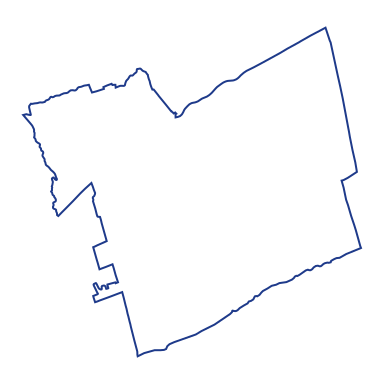 Bac Lieu, Bạc Liêu, Vietnam (orthographic projection)
{"feature_id": "81297802B6284379291034", "entity_name": "Bac Lieu", "entity_type": "district", "adm_level": 2, "iso_a3": "VNM", "parent_name": "Vietnam", "parent_adm1": "Bạc Liêu", "projection": "orthographic", "projection_center": [105.722, 9.268], "detail": "fine", "context": "isolated", "style": "outline", "palette": "blue", "viewbox_px": 384, "rotation_deg": 0, "n_neighbors": 0, "source": "geoboundaries", "source_scale": "gbopen_adm2", "svg_char_len": 5708}
<svg xmlns="http://www.w3.org/2000/svg" viewBox="0 0 384 384"><path d="M361.0,248.0L360.3,246.2L355.8,230.1L354.2,225.0L351.2,216.1L348.0,205.1L346.1,199.7L343.6,187.6L341.6,180.6L343.5,180.1L347.7,177.9L356.9,171.9L355.4,163.0L355.3,162.4L352.5,150.1L349.9,137.1L348.9,131.2L348.5,129.2L342.7,98.3L340.1,86.0L337.8,75.8L330.6,42.4L329.8,40.7L325.5,27.7L310.2,35.8L300.9,41.1L298.8,42.4L287.3,48.7L280.1,53.0L260.0,64.0L253.6,67.4L246.5,70.9L243.7,72.8L240.7,75.4L239.3,76.9L238.0,78.1L237.2,78.7L236.3,79.3L235.1,79.8L233.8,80.3L232.7,80.5L227.9,80.9L226.9,81.1L225.6,81.5L224.0,82.2L222.9,82.8L221.0,84.1L217.2,86.9L215.7,88.4L211.9,92.7L210.5,94.0L209.2,95.1L206.9,96.6L202.5,98.4L201.7,98.8L198.0,101.3L196.6,101.9L195.1,102.4L192.4,102.9L191.4,103.2L189.4,104.3L187.5,106.1L185.0,108.8L184.2,110.0L183.1,112.4L182.6,113.2L182.1,114.1L181.5,114.8L180.0,116.1L177.9,116.9L175.6,117.4L175.5,114.2L176.3,113.7L175.2,112.5L173.6,113.4L172.8,112.4L171.9,111.8L171.5,111.2L171.3,111.3L171.2,111.3L165.9,104.7L158.6,95.8L158.3,95.3L154.4,90.4L153.6,89.5L152.4,89.6L151.8,88.3L151.0,86.2L150.3,84.1L149.6,80.9L149.0,79.6L148.5,78.0L147.9,75.6L147.9,75.0L146.9,73.8L146.3,73.0L145.7,72.0L145.2,71.8L143.3,71.1L142.5,70.6L140.7,68.8L140.2,68.6L139.7,68.6L138.3,68.9L137.2,69.0L136.9,69.4L136.8,69.8L136.7,71.2L136.5,71.9L135.7,72.8L135.0,73.2L134.0,74.1L133.0,75.2L132.6,75.5L132.1,75.6L131.3,75.5L130.7,75.5L130.2,75.8L129.6,76.4L128.1,78.9L126.8,80.2L126.1,81.1L125.4,83.0L124.9,85.2L124.6,85.5L124.1,85.8L123.6,85.9L122.1,85.8L120.6,85.8L119.7,86.0L115.7,87.6L115.4,84.8L114.1,84.8L112.4,85.0L111.6,83.8L107.2,85.4L103.4,87.1L103.9,88.9L96.5,91.3L92.0,92.5L89.7,87.0L88.9,84.8L88.2,84.9L87.1,85.2L84.9,85.5L83.9,85.7L81.9,86.5L81.0,86.8L78.7,87.2L77.7,87.9L77.0,89.1L75.8,90.2L75.3,90.4L74.6,90.5L73.7,90.4L72.9,90.2L71.2,90.3L70.6,90.4L70.0,90.8L69.3,91.3L68.0,92.5L67.1,92.9L66.3,93.1L65.4,93.1L63.7,93.4L60.9,94.6L59.7,95.4L59.1,95.5L56.9,95.6L56.2,95.7L54.9,96.1L53.7,96.9L52.8,97.2L52.4,97.2L51.3,96.8L50.8,96.9L50.5,97.1L49.2,99.0L48.6,99.5L48.0,99.8L46.8,100.2L46.2,100.4L45.1,101.4L44.7,102.0L44.3,102.0L43.4,102.3L42.3,102.5L41.7,102.5L40.2,102.4L39.6,102.5L39.1,102.6L37.5,103.1L34.6,103.4L32.6,103.8L31.7,103.9L31.0,103.7L30.2,104.6L29.5,105.6L29.2,106.0L29.1,107.0L29.2,107.8L30.1,111.8L30.8,114.6L30.8,114.8L30.6,115.0L29.3,114.9L27.9,114.6L26.4,114.2L23.2,115.0L30.3,123.3L32.1,125.5L32.6,126.4L33.9,129.1L34.1,130.1L34.0,131.3L34.1,131.8L34.6,133.0L34.5,134.5L34.5,135.8L34.4,136.6L34.1,137.1L34.1,137.4L34.3,137.7L35.0,138.5L35.3,138.9L35.6,139.7L35.8,140.9L36.1,141.3L36.9,142.1L38.0,142.9L39.0,143.4L39.6,143.9L39.9,144.2L40.0,144.5L40.0,144.9L39.7,146.1L39.6,146.5L39.7,147.1L40.9,148.4L41.0,148.8L41.1,149.9L41.4,150.6L41.7,150.8L42.5,151.2L43.0,151.8L43.2,152.3L43.2,153.2L42.6,154.7L42.5,155.2L42.5,155.8L42.8,156.5L44.5,159.0L44.6,159.5L44.6,161.0L44.8,161.4L45.3,162.3L45.4,162.7L45.7,164.1L45.8,164.6L46.0,164.9L46.7,165.6L48.4,166.8L49.6,168.2L50.2,169.0L51.1,170.1L52.8,171.5L54.0,172.7L54.9,173.9L55.2,174.6L56.2,177.6L56.9,179.0L56.9,179.3L56.8,179.7L56.5,179.9L56.2,180.0L55.4,179.6L54.9,179.2L53.8,177.7L53.5,177.6L53.2,177.5L52.9,177.7L52.0,178.4L51.9,178.7L52.0,179.5L52.8,181.6L52.8,182.4L52.3,185.2L51.8,186.3L51.8,186.6L52.1,187.1L52.2,187.6L51.9,188.7L52.0,189.9L52.0,190.3L51.9,190.6L51.2,191.3L51.1,191.6L51.9,192.4L52.1,192.8L52.2,193.1L52.4,194.1L52.7,194.9L53.9,195.8L54.1,196.1L54.3,197.1L54.9,197.8L55.5,198.7L55.8,199.6L55.9,200.0L55.8,200.8L55.7,201.1L55.4,201.5L54.9,201.8L54.0,202.2L53.5,202.5L53.3,202.8L53.2,203.1L53.2,203.5L53.5,204.3L53.6,205.0L53.5,205.5L53.0,206.7L53.0,207.5L53.1,208.0L53.4,208.4L54.0,208.8L55.6,209.4L55.8,209.6L56.1,210.0L56.1,210.9L56.3,211.7L56.9,213.0L57.0,213.7L57.1,215.1L58.3,216.0L61.8,212.4L65.5,208.7L72.9,201.2L80.2,193.5L85.1,188.7L91.4,183.0L92.9,186.9L93.8,189.7L95.1,193.0L95.0,194.0L94.3,195.8L94.0,196.2L93.3,196.8L92.9,197.2L92.8,197.7L92.8,198.0L92.9,198.5L93.1,198.9L93.3,199.5L93.3,200.1L93.0,201.2L95.3,208.7L96.7,214.3L97.4,216.4L97.8,216.7L98.4,216.8L100.0,216.9L100.9,219.8L101.7,223.3L102.6,226.5L106.2,239.3L106.7,241.1L97.3,245.3L94.9,246.5L93.2,247.2L96.8,259.9L97.6,262.5L99.5,269.3L105.7,267.0L112.5,264.3L113.7,268.1L115.6,275.0L118.0,282.3L115.7,283.2L115.4,282.4L114.8,282.5L107.4,284.5L107.4,285.2L108.2,287.7L108.3,288.2L108.2,288.3L107.7,288.5L106.5,288.8L106.2,288.8L105.6,287.0L105.4,286.4L105.1,286.1L104.7,285.8L104.0,285.5L102.2,285.9L101.7,286.6L101.7,287.9L101.8,288.9L101.5,289.4L100.8,289.5L100.2,289.3L99.3,288.8L98.6,288.0L96.6,284.0L96.1,283.2L95.8,283.1L95.1,283.4L93.8,284.1L93.6,284.5L93.8,285.5L96.9,291.9L97.9,293.7L97.8,294.0L97.4,294.3L93.2,296.0L93.6,297.6L95.1,302.2L97.5,301.4L99.4,300.6L109.5,296.9L122.2,292.1L123.8,298.1L125.6,305.5L126.5,308.7L127.6,313.8L128.4,316.6L129.6,321.6L130.3,324.1L130.9,326.9L134.5,341.1L137.0,350.4L137.3,351.7L137.4,354.8L137.7,356.3L144.2,353.1L154.6,350.2L160.4,350.2L164.0,349.9L166.1,349.0L167.3,346.2L169.5,344.2L174.3,342.1L195.8,334.5L201.6,331.0L214.5,324.6L230.1,314.0L232.0,312.1L232.3,310.8L232.8,310.6L233.7,311.0L235.8,311.1L237.5,310.3L239.7,308.1L244.0,305.4L247.6,303.4L248.8,301.5L251.0,300.9L253.3,299.4L254.8,296.4L256.2,296.0L257.3,296.3L259.5,294.9L261.3,292.6L262.9,291.0L267.5,288.5L271.7,285.8L276.2,284.7L279.4,283.1L286.4,282.1L292.0,279.6L294.0,277.9L294.8,276.6L296.3,275.8L297.4,276.0L299.4,274.9L305.8,270.4L307.9,269.7L309.2,270.2L310.6,270.2L312.2,269.2L313.7,267.4L315.8,266.0L317.9,265.7L319.6,266.3L320.8,266.2L321.8,265.5L323.4,264.0L324.9,263.2L327.3,262.6L328.8,262.8L330.7,262.3L331.2,260.8L334.2,259.1L336.5,258.1L339.6,257.8L346.3,254.0L361.0,248.0Z" fill="none" stroke="#1e3a8a" stroke-width="2"/></svg>